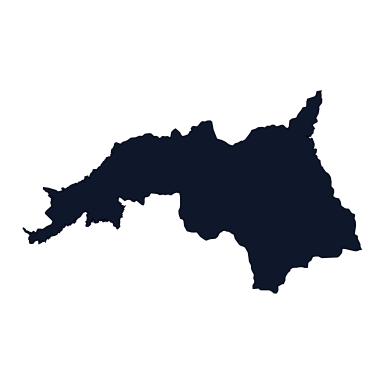 the district of Tadó, Chocó, Colombia
{"feature_id": "7082276B86904559809659", "entity_name": "Tadó", "entity_type": "district", "adm_level": 2, "iso_a3": "COL", "parent_name": "Colombia", "parent_adm1": "Chocó", "projection": "albers", "projection_center": [-76.438, 5.267], "detail": "fine", "context": "isolated", "style": "filled", "palette": "ink", "viewbox_px": 384, "rotation_deg": 0, "n_neighbors": 0, "source": "geoboundaries", "source_scale": "gbopen_adm2", "svg_char_len": 5967}
<svg xmlns="http://www.w3.org/2000/svg" viewBox="0 0 384 384"><path d="M320.9,91.2L317.2,91.8L316.3,95.5L315.0,97.0L307.8,99.3L307.1,101.6L307.0,106.0L306.6,107.1L306.2,107.5L303.1,108.0L301.8,110.4L298.5,114.5L296.7,118.3L292.3,119.2L290.1,120.8L289.5,126.9L288.0,128.8L285.8,128.3L283.2,125.7L281.9,125.4L277.4,127.0L276.0,127.0L274.2,125.5L272.4,125.4L269.6,126.7L267.3,126.4L265.1,128.2L262.3,127.6L258.3,127.9L256.1,129.3L252.0,130.6L250.9,132.9L245.6,140.0L242.7,141.6L241.4,141.4L238.0,143.3L235.2,144.0L233.8,145.6L232.4,146.2L228.9,145.1L225.0,142.3L221.5,140.6L216.6,139.3L212.9,129.9L211.5,122.1L210.1,121.1L207.3,121.3L205.1,122.3L202.5,121.9L201.3,122.6L198.5,126.1L197.1,127.1L193.4,126.7L192.4,127.1L191.4,128.7L192.0,129.8L191.9,131.1L190.2,131.8L188.6,134.9L183.9,136.6L182.6,136.7L181.0,135.8L179.5,132.7L175.5,129.2L173.7,130.4L171.9,132.3L171.2,136.5L170.6,137.8L169.9,138.2L167.7,136.8L164.7,137.1L163.1,136.7L162.5,136.7L160.8,138.3L159.2,138.9L157.4,137.0L155.8,136.6L154.0,136.9L150.7,134.0L149.3,133.9L145.2,134.4L142.4,136.7L139.2,136.5L135.9,138.0L131.0,138.4L127.9,140.7L125.1,142.0L123.6,142.2L122.4,142.9L122.1,143.7L120.1,144.4L116.1,142.9L114.8,143.9L114.8,145.3L113.8,147.4L113.1,148.8L111.9,149.7L111.5,152.5L112.9,153.3L111.0,154.5L111.2,156.4L110.6,157.1L109.0,157.1L106.5,157.9L106.0,159.8L105.3,159.9L104.7,161.3L103.5,161.8L102.5,163.9L101.6,164.3L101.1,166.2L98.8,167.4L97.0,169.9L93.5,169.8L92.6,172.6L91.4,173.2L90.5,175.0L89.6,178.1L87.9,177.2L87.6,176.3L85.1,177.0L85.4,178.6L84.5,179.2L83.7,181.2L82.4,180.6L81.2,181.8L78.9,182.4L77.7,183.9L75.9,183.6L71.0,185.5L68.6,187.4L67.5,187.7L67.4,188.4L66.4,188.9L64.4,189.2L63.4,188.2L62.3,188.2L62.0,188.6L63.1,189.8L63.1,190.6L60.2,191.8L57.5,192.0L56.0,190.7L48.5,188.5L43.7,187.8L43.7,189.1L44.9,189.6L45.6,190.9L48.5,192.2L49.5,194.7L48.8,195.6L51.2,197.7L52.7,197.8L52.6,198.6L51.8,198.9L51.5,199.9L52.1,200.8L51.2,201.6L51.2,203.6L52.0,204.8L51.7,206.6L46.7,211.1L45.6,212.8L45.7,213.4L52.8,220.4L53.1,222.0L51.7,224.8L47.0,226.8L43.1,229.6L38.2,229.3L37.4,230.4L36.7,232.3L35.5,233.4L33.8,231.7L33.3,231.7L31.9,233.1L29.3,232.3L27.6,231.3L26.1,231.3L25.1,229.5L23.0,227.8L25.5,231.8L28.5,233.1L30.3,235.0L30.0,236.4L29.1,237.3L28.9,239.2L29.8,240.0L29.6,240.9L29.9,242.9L30.8,243.3L32.9,243.1L34.8,240.7L37.9,239.8L38.8,240.5L39.1,243.4L41.3,242.3L42.4,241.1L43.4,241.4L45.0,240.6L45.4,241.3L45.9,239.6L47.4,238.1L47.6,237.4L48.3,238.5L48.6,238.0L49.8,237.7L49.8,236.8L51.1,235.5L51.9,235.9L52.9,234.6L53.6,235.4L54.7,235.2L56.8,234.1L58.1,232.1L59.4,232.4L59.6,230.6L60.4,231.0L61.4,230.4L62.0,229.4L61.9,228.0L64.1,227.2L65.2,225.7L65.4,224.2L67.9,225.6L68.8,224.3L70.0,225.0L73.0,221.9L73.3,222.6L74.2,222.9L74.4,222.4L75.5,221.7L74.8,220.2L75.8,220.1L77.3,218.2L80.0,216.5L83.2,211.9L84.1,211.9L85.7,211.0L88.4,213.0L86.8,215.1L87.7,218.2L87.3,219.2L87.3,221.0L86.1,221.7L87.3,224.1L86.6,224.3L86.1,225.7L86.3,226.1L88.2,226.2L90.2,224.4L90.4,224.0L89.9,223.3L90.4,222.7L90.4,221.7L92.2,221.6L91.6,220.6L92.3,220.5L92.7,219.2L93.5,220.2L94.9,220.7L94.9,221.3L94.0,221.9L95.4,222.8L98.1,222.2L98.9,219.9L100.7,220.5L101.5,220.2L102.1,219.3L102.6,219.7L102.6,221.0L103.2,221.5L103.8,220.6L104.8,221.2L105.0,219.9L105.5,220.6L105.9,220.2L106.5,220.8L106.6,220.3L107.4,221.1L107.7,220.4L109.9,220.5L110.8,221.8L112.7,222.3L114.0,224.0L113.7,224.9L114.0,225.7L116.4,226.7L117.0,228.4L117.6,228.6L119.6,226.4L119.1,224.5L119.6,221.9L119.2,220.5L119.6,219.6L119.4,218.8L120.6,217.2L122.0,216.8L121.4,216.0L122.0,214.5L121.2,213.4L122.8,211.5L122.9,210.3L123.7,209.6L123.0,208.5L124.5,206.5L123.3,206.8L123.1,206.0L121.1,205.6L120.7,205.2L121.0,203.6L118.3,201.9L117.8,200.4L118.4,197.1L119.5,196.8L121.1,197.3L124.8,200.3L127.3,199.1L130.2,199.1L132.5,201.0L134.2,201.5L135.9,200.1L136.9,200.1L142.2,204.5L143.3,204.5L143.9,202.7L143.9,198.8L144.5,196.7L147.6,196.3L149.0,195.4L149.7,193.7L151.0,192.6L157.6,193.3L159.5,194.4L163.8,193.9L165.4,194.5L166.6,193.9L167.8,194.0L168.5,193.7L169.6,194.4L171.1,194.6L174.3,192.5L176.7,191.9L179.9,192.7L180.8,196.5L180.8,205.3L180.6,207.6L179.1,211.0L179.4,214.3L180.7,218.2L183.1,219.0L184.2,220.7L184.8,225.9L187.3,230.6L191.9,231.8L197.1,231.7L200.7,236.3L205.6,239.7L206.5,239.8L209.9,238.5L215.2,238.0L217.2,236.4L219.5,232.2L220.7,231.9L223.0,230.2L225.6,230.1L226.7,230.9L229.3,231.1L232.0,233.1L233.9,233.9L234.6,235.0L235.4,238.4L239.4,244.0L241.1,245.2L244.0,246.1L245.6,247.2L248.5,252.5L249.7,261.5L251.7,265.2L251.8,268.4L252.4,270.4L254.6,274.6L254.0,278.4L254.9,280.0L255.0,282.6L253.2,285.5L253.3,288.3L258.7,287.8L260.8,289.6L269.2,289.6L271.1,290.3L274.3,292.8L276.3,292.8L277.4,291.1L277.7,289.7L277.5,286.0L282.0,283.5L283.3,283.4L284.7,280.2L284.7,277.6L285.4,275.8L287.5,272.4L289.5,270.7L290.0,268.8L292.7,267.1L297.2,267.0L299.0,266.5L302.3,266.4L304.7,267.2L307.2,267.2L307.6,262.7L308.9,261.2L310.7,260.1L312.3,256.7L314.1,255.9L318.4,255.7L321.9,257.4L337.6,256.7L339.1,255.5L341.4,252.6L341.8,248.9L342.4,248.1L344.9,248.2L354.9,250.5L357.3,250.4L359.0,249.5L361.0,249.3L359.8,246.8L359.7,244.2L357.1,238.8L357.2,236.8L356.9,236.1L354.4,234.8L354.1,233.9L355.3,225.6L355.1,221.8L353.8,218.5L354.4,215.2L354.1,214.6L351.4,213.7L348.5,209.5L344.8,209.0L340.7,206.0L340.0,201.7L338.5,199.0L335.2,198.4L332.9,196.8L332.6,195.3L333.5,192.2L333.4,189.7L330.6,186.4L330.9,182.1L330.2,177.6L328.7,174.9L327.2,173.4L325.7,172.7L323.0,169.1L322.4,167.5L321.1,166.8L320.2,164.4L319.7,160.6L317.9,159.5L316.8,157.8L316.8,156.4L315.9,155.5L314.0,154.9L314.0,154.5L315.0,153.7L316.0,152.1L316.2,149.6L315.6,149.2L313.7,149.5L312.7,148.6L313.7,146.6L314.0,144.1L312.0,138.7L311.4,138.5L310.5,139.6L310.0,139.6L307.1,136.4L310.6,136.0L311.2,134.2L312.8,132.9L313.1,129.8L314.2,128.5L312.5,126.1L312.1,124.8L313.4,123.5L316.9,121.6L316.8,120.4L315.4,118.1L318.0,113.2L318.7,108.8L318.4,106.6L321.3,102.7L321.6,99.4L320.8,98.1L320.9,94.6L320.4,92.6L320.9,91.2Z" fill="#0f172a" stroke="#020617" stroke-width="1.5"/></svg>